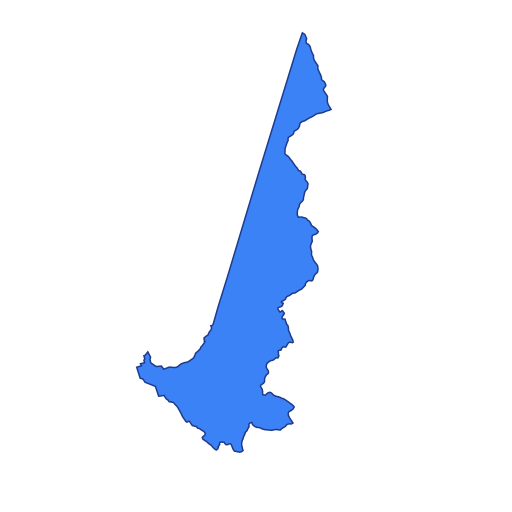 outline of El Guarco, Cartago, Costa Rica, rotated 236°
{"feature_id": "36466004B87567829139505", "entity_name": "El Guarco", "entity_type": "district", "adm_level": 2, "iso_a3": "CRI", "parent_name": "Costa Rica", "parent_adm1": "Cartago", "projection": "mercator", "projection_center": [-83.936, 9.732], "detail": "fine", "context": "isolated", "style": "filled", "palette": "blue", "viewbox_px": 512, "rotation_deg": 236, "n_neighbors": 0, "source": "geoboundaries", "source_scale": "gbopen_adm2", "svg_char_len": 6154}
<svg xmlns="http://www.w3.org/2000/svg" viewBox="0 0 512 512"><g transform="rotate(236 256 256)"><path d="M415.1,419.2L405.0,405.8L323.4,304.7L254.5,220.4L235.1,196.2L223.3,182.2L222.9,181.0L223.4,179.5L221.3,179.1L219.8,177.2L219.2,174.9L217.4,172.0L217.4,169.0L217.1,167.1L216.7,167.0L216.0,166.3L215.2,166.2L214.0,165.4L214.0,165.9L213.6,165.9L212.5,163.7L212.3,162.6L211.6,161.4L211.6,160.5L211.3,159.4L210.0,157.4L210.0,156.5L209.8,155.7L209.6,155.2L209.3,152.0L209.0,151.2L208.1,150.2L206.9,148.2L206.5,147.2L206.3,146.1L206.3,139.6L206.9,138.8L207.5,137.3L208.4,134.0L208.4,131.4L208.1,130.6L208.1,128.5L208.2,128.4L208.2,127.8L209.1,126.1L212.4,122.0L213.7,116.3L217.7,116.0L220.2,111.4L226.3,109.0L229.7,110.4L231.0,112.0L237.0,112.7L235.6,108.2L236.0,107.3L232.8,106.2L232.3,104.8L229.8,104.0L231.3,100.0L229.1,99.7L230.5,94.9L219.5,91.6L217.1,93.5L213.4,93.4L204.2,99.7L194.2,96.9L191.7,101.9L189.7,101.7L187.6,101.7L186.6,102.2L186.0,102.3L185.9,102.5L183.8,102.5L182.8,103.5L182.5,104.2L182.2,104.2L181.9,104.4L181.2,105.3L179.9,105.8L178.7,105.8L175.5,106.4L172.8,106.4L172.3,106.2L170.2,106.2L168.8,105.9L167.3,105.9L165.6,105.5L163.9,105.3L158.2,105.3L157.4,105.5L156.8,106.0L156.7,107.8L155.9,108.4L151.9,108.3L150.9,108.5L150.6,108.7L150.6,109.0L149.4,109.8L147.8,111.3L146.0,111.3L145.3,112.0L143.9,112.9L141.8,113.6L139.7,114.7L137.2,114.7L136.9,114.3L136.2,113.6L136.0,113.0L136.0,111.5L135.7,110.1L135.5,109.9L134.1,109.6L133.3,109.6L132.7,110.1L131.1,110.5L130.3,111.1L126.9,111.9L123.6,113.2L122.1,113.2L119.5,113.7L117.4,114.5L117.5,116.6L117.8,116.7L118.6,118.0L119.1,118.0L119.9,120.3L120.3,120.7L120.6,120.7L121.2,121.1L121.7,121.7L121.1,123.5L120.4,124.0L119.5,125.4L117.1,125.4L116.4,125.7L115.8,126.3L115.4,127.3L115.3,128.6L115.0,129.3L114.3,129.9L113.7,130.0L112.3,129.8L108.9,129.0L106.3,129.0L102.5,132.8L102.2,133.6L101.9,134.1L101.9,136.1L102.1,136.6L103.8,137.0L105.7,137.9L106.6,138.0L107.8,138.7L109.7,140.2L111.3,142.2L111.5,142.7L111.8,142.7L111.8,143.0L112.1,143.5L113.1,144.5L113.2,145.0L113.7,145.4L113.7,145.7L114.3,146.6L114.8,147.3L114.9,147.6L115.1,147.7L115.3,148.2L115.6,148.2L116.0,149.2L116.2,150.9L117.5,152.8L118.0,154.2L118.9,155.1L120.5,156.0L120.8,156.9L120.8,158.4L120.4,159.4L120.1,159.4L118.8,159.0L117.4,159.0L115.5,159.6L113.5,160.8L112.7,161.9L112.1,162.4L111.6,163.1L109.5,164.2L107.1,166.2L106.0,167.7L105.5,168.0L104.9,169.0L102.7,171.5L101.1,175.6L100.8,175.7L99.1,177.8L98.2,178.6L98.2,179.7L98.5,180.5L98.3,185.2L98.9,186.7L98.9,187.9L98.5,189.2L96.9,191.6L96.9,193.3L102.6,193.3L103.7,193.4L105.4,193.7L106.5,194.1L107.9,195.0L108.5,196.2L108.5,197.4L108.2,198.2L108.4,201.1L109.5,203.3L110.4,203.3L113.5,202.6L114.9,201.8L115.7,201.7L121.1,199.6L122.8,198.6L124.3,197.3L125.1,197.1L125.8,196.6L126.9,195.8L127.8,194.8L128.3,194.5L128.6,194.1L130.1,193.1L131.3,192.7L133.8,192.2L135.2,191.4L135.8,189.6L135.8,187.9L135.5,187.2L135.5,186.0L136.0,185.3L137.0,184.2L137.6,184.3L139.1,185.0L139.7,185.6L142.1,186.6L145.0,186.8L145.6,186.9L146.3,188.0L146.3,191.0L146.6,192.0L147.6,193.3L148.8,194.0L150.0,195.1L150.9,196.5L151.0,197.0L151.6,198.2L151.8,200.2L152.4,201.2L153.3,201.7L154.7,202.0L156.5,202.0L158.2,202.4L159.9,203.6L161.0,205.8L161.1,208.8L160.9,209.9L160.1,212.0L160.4,215.9L159.5,216.7L159.3,217.5L160.6,219.3L161.6,219.4L163.4,220.6L164.4,221.0L164.9,221.4L164.7,222.8L164.1,223.7L164.0,224.0L165.2,225.9L165.5,226.8L165.4,227.9L163.9,229.6L163.9,230.0L164.8,231.9L165.4,233.1L165.8,234.1L165.8,235.5L165.5,236.0L163.8,237.7L163.7,238.6L165.5,239.4L171.4,240.3L172.4,240.7L175.9,241.3L177.2,241.9L177.5,242.2L178.7,242.9L180.6,243.5L181.2,243.5L182.2,243.1L183.4,243.7L185.2,244.0L187.2,244.7L187.5,244.7L187.8,244.5L188.2,243.7L188.9,242.8L190.0,242.8L190.7,243.5L191.5,244.8L191.7,245.8L192.4,247.3L193.1,247.5L196.1,247.3L196.2,246.9L196.0,246.4L196.0,244.9L196.1,244.5L199.3,244.4L200.2,244.7L200.6,245.1L200.6,246.8L200.0,248.1L200.0,249.6L200.2,250.1L201.5,252.1L201.9,252.1L202.3,251.5L202.7,251.3L203.7,251.3L203.9,251.5L203.6,255.6L203.7,256.1L205.0,258.4L205.0,260.1L204.6,260.9L204.6,265.4L203.5,267.9L203.5,272.0L203.1,275.5L204.2,280.5L205.3,281.4L205.7,282.1L206.2,283.8L206.2,285.5L205.6,287.0L204.6,287.8L204.2,288.4L204.2,289.0L204.6,290.1L206.1,291.8L207.4,293.9L207.9,295.6L208.0,297.3L208.5,298.3L209.7,299.4L210.0,299.6L210.9,300.4L212.3,301.0L213.4,301.6L216.2,301.6L217.1,301.4L220.6,301.4L223.8,302.3L225.1,302.4L226.4,302.9L227.7,304.0L229.2,304.9L230.4,305.1L233.3,306.4L233.9,306.8L235.9,309.4L236.2,310.2L236.9,311.0L239.7,312.5L241.2,313.8L241.4,315.3L240.7,317.8L240.7,319.9L241.4,321.3L244.6,321.1L246.8,320.5L249.9,319.2L250.9,319.2L252.5,319.6L255.3,319.6L257.0,318.8L258.3,318.8L259.3,318.5L260.3,317.9L260.9,317.1L262.4,316.1L264.3,313.3L264.4,312.8L267.0,313.2L268.9,314.5L271.1,316.4L272.8,319.3L274.5,321.0L275.4,323.5L275.4,324.5L275.7,325.7L276.3,326.8L277.9,328.1L281.7,332.1L282.6,333.9L283.1,336.1L284.1,337.1L285.5,338.3L286.7,339.5L288.3,339.7L289.3,339.7L289.9,339.5L292.1,339.6L293.0,340.2L293.4,340.9L294.5,341.3L294.9,341.6L295.8,341.7L296.5,341.5L297.9,340.1L301.4,340.3L302.1,339.9L302.9,339.1L306.2,339.3L308.2,338.9L315.0,338.9L316.7,338.6L319.0,338.6L320.4,338.4L321.8,338.0L322.8,337.4L324.9,337.3L325.5,337.6L326.3,338.4L328.1,339.6L329.2,340.7L332.5,345.0L333.9,347.3L335.2,348.1L336.2,349.0L336.1,354.3L336.6,355.6L338.1,357.5L337.9,361.2L338.2,362.6L339.1,364.2L340.2,365.5L340.9,366.0L341.6,367.4L341.6,369.5L340.8,372.0L340.7,376.1L340.5,378.1L340.1,380.5L340.0,385.9L339.3,387.3L338.8,388.8L338.1,390.0L337.6,391.4L337.1,393.7L337.0,394.8L336.0,397.9L335.5,400.2L341.1,400.5L343.4,401.2L344.2,401.5L345.1,402.1L348.4,404.5L355.5,404.6L356.5,405.1L357.0,405.8L357.9,408.7L358.3,409.2L359.1,409.6L362.3,410.1L364.8,409.1L365.9,409.1L366.8,409.8L368.3,410.4L370.8,411.0L373.3,411.2L374.1,411.5L375.9,411.7L377.6,412.5L379.0,413.7L384.7,413.7L386.7,414.0L388.3,414.6L390.1,415.8L392.2,416.0L395.4,416.6L397.0,417.1L398.8,417.8L399.8,418.0L402.0,417.9L403.6,416.9L404.3,416.8L405.5,417.2L406.3,417.8L407.4,418.8L407.7,419.5L412.4,420.4L415.1,419.2Z" fill="#3b82f6" stroke="#1e3a8a" stroke-width="1.5"/></g></svg>